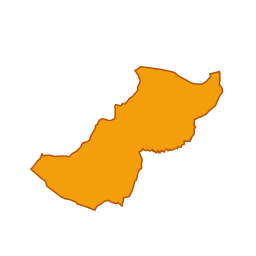 Suehn Mecca, Bomi, Liberia (Mercator projection), rotated 207°
{"feature_id": "62588387B34365926899718", "entity_name": "Suehn Mecca", "entity_type": "district", "adm_level": 2, "iso_a3": "LBR", "parent_name": "Liberia", "parent_adm1": "Bomi", "projection": "mercator", "projection_center": [-10.641, 6.716], "detail": "fine", "context": "isolated", "style": "filled", "palette": "amber", "viewbox_px": 256, "rotation_deg": 207, "n_neighbors": 0, "source": "geoboundaries", "source_scale": "gbopen_adm2", "svg_char_len": 3758}
<svg xmlns="http://www.w3.org/2000/svg" viewBox="0 0 256 256"><g transform="rotate(207 128 128)"><path d="M98.0,55.7L98.0,55.8L99.3,60.8L100.0,63.9L98.2,65.5L95.9,67.5L95.6,68.2L95.8,69.4L95.7,69.4L96.0,73.6L96.3,77.7L97.1,80.1L97.5,82.0L97.6,84.5L97.0,85.1L97.5,88.1L98.7,92.0L98.9,94.5L98.6,96.5L97.5,98.4L98.9,100.4L99.8,102.1L100.2,103.7L100.3,104.5L101.7,107.1L105.0,109.6L107.3,111.7L105.9,113.4L105.3,114.5L105.6,115.3L105.5,115.8L105.3,116.5L103.9,115.8L101.5,116.1L100.0,117.5L98.1,117.4L96.9,119.1L95.0,118.8L95.7,119.7L94.1,119.5L91.6,118.6L91.1,119.7L91.1,121.0L89.5,119.9L88.3,120.5L89.6,121.0L88.4,121.8L87.8,122.8L87.1,122.6L86.7,123.3L85.8,122.8L85.0,122.9L84.7,123.5L85.0,124.7L85.2,124.8L84.2,126.3L83.4,126.7L81.9,126.0L81.1,126.7L81.0,127.3L81.0,127.6L79.9,127.6L79.1,128.2L78.4,128.5L78.2,129.2L77.1,130.5L76.0,131.9L75.5,132.1L74.7,132.1L74.8,134.3L74.5,134.3L73.8,134.3L72.1,134.9L71.9,135.6L72.3,137.2L71.4,138.1L70.5,139.2L71.2,140.6L72.1,142.0L71.2,142.5L69.8,142.6L68.9,143.2L66.7,144.4L67.2,146.6L66.8,146.6L67.0,148.8L66.4,153.0L67.5,155.2L68.6,156.6L68.6,157.4L68.1,159.2L68.5,159.8L70.2,160.2L70.8,162.0L71.2,162.2L72.6,165.7L72.7,165.8L71.7,166.4L70.4,168.8L68.3,170.7L68.0,171.1L66.3,173.8L64.9,175.3L63.9,178.6L63.3,180.5L63.1,180.9L60.2,188.0L60.6,191.4L60.7,191.8L60.9,197.7L60.3,202.1L60.2,203.2L62.2,206.1L66.7,208.7L68.0,212.4L67.7,212.4L71.3,218.3L71.0,218.4L72.2,219.9L74.3,217.9L79.0,213.8L79.6,213.3L78.1,211.9L77.6,211.5L77.9,210.1L78.3,209.4L78.9,206.8L79.5,204.6L80.1,203.7L81.6,201.2L81.9,200.7L82.8,200.2L87.1,198.2L88.9,197.5L89.2,197.3L91.5,197.1L94.1,196.9L98.5,197.2L98.8,197.1L103.3,197.2L104.5,197.2L105.9,197.2L106.5,197.1L109.4,198.0L111.0,198.5L113.9,198.1L114.4,198.1L115.9,197.7L117.9,197.1L118.4,197.0L119.1,196.8L124.3,195.4L126.3,194.9L128.9,193.9L132.2,192.7L135.5,191.6L140.7,189.8L144.5,188.4L145.5,186.2L147.0,183.7L147.9,182.6L147.7,182.5L146.5,181.6L143.8,180.2L143.5,180.1L141.4,178.2L139.0,176.1L138.1,174.7L138.0,169.9L137.4,167.5L136.9,166.8L136.5,166.3L136.7,164.5L136.8,164.0L137.4,161.8L138.2,158.5L138.7,157.6L140.2,154.6L140.6,151.7L140.9,150.3L141.4,149.6L141.4,149.4L141.6,148.3L142.2,147.6L143.6,147.7L144.2,146.5L144.3,145.0L144.6,144.4L144.8,144.1L148.3,143.6L149.3,143.2L149.6,143.1L149.6,142.5L149.5,141.4L149.5,141.1L148.2,139.5L146.9,136.9L146.3,135.6L146.2,135.5L145.3,133.7L145.1,133.1L144.5,131.5L144.3,131.3L143.9,130.6L144.2,129.7L144.3,129.6L145.6,128.7L146.0,127.7L146.2,127.3L146.4,127.1L147.2,126.7L149.6,125.6L154.0,125.1L154.6,124.7L154.8,124.7L155.0,124.6L155.7,124.2L156.0,123.6L156.5,123.1L156.7,122.4L157.2,121.6L157.1,120.8L156.9,117.5L157.0,117.4L158.0,115.4L157.7,114.9L157.2,113.4L157.1,112.3L157.1,111.1L157.1,110.9L157.5,104.2L157.4,103.6L157.3,103.3L157.0,101.3L156.9,101.0L157.0,99.4L158.0,97.4L158.4,96.9L161.3,94.5L160.9,94.3L161.2,94.2L161.7,93.1L161.7,91.6L161.5,91.2L161.4,90.7L161.5,89.6L161.9,88.2L162.0,87.8L162.8,85.5L163.2,84.3L164.3,82.5L166.1,80.0L166.6,77.7L166.9,76.9L166.9,76.5L168.1,75.2L170.4,74.9L174.0,73.0L177.6,71.1L180.6,69.2L183.6,68.8L184.9,68.3L185.4,68.1L187.5,67.3L189.0,66.3L189.8,65.6L190.2,65.0L191.2,65.1L191.8,65.1L192.1,65.4L192.8,66.2L193.0,66.5L192.8,65.2L192.7,64.5L192.3,61.2L193.7,57.5L194.2,53.7L195.6,47.9L195.8,47.3L181.9,43.7L181.6,43.6L179.3,43.5L179.0,43.5L178.5,43.3L177.6,43.3L177.4,43.0L173.7,39.3L155.2,36.1L154.9,36.7L152.1,36.3L151.7,36.3L149.7,37.3L144.8,38.1L142.0,38.3L141.8,38.2L140.3,38.2L139.3,37.3L127.2,39.1L120.9,39.7L120.2,39.7L120.2,43.9L118.4,46.8L117.5,48.2L117.4,48.4L116.3,50.9L115.6,52.3L113.5,53.8L113.4,53.9L112.8,54.4L112.2,54.8L111.8,54.6L110.7,54.2L107.6,54.6L104.8,55.0L103.4,56.4L102.7,57.0L100.0,56.3L98.0,55.7Z" fill="#f59e0b" stroke="#b45309" stroke-width="1.5"/></g></svg>